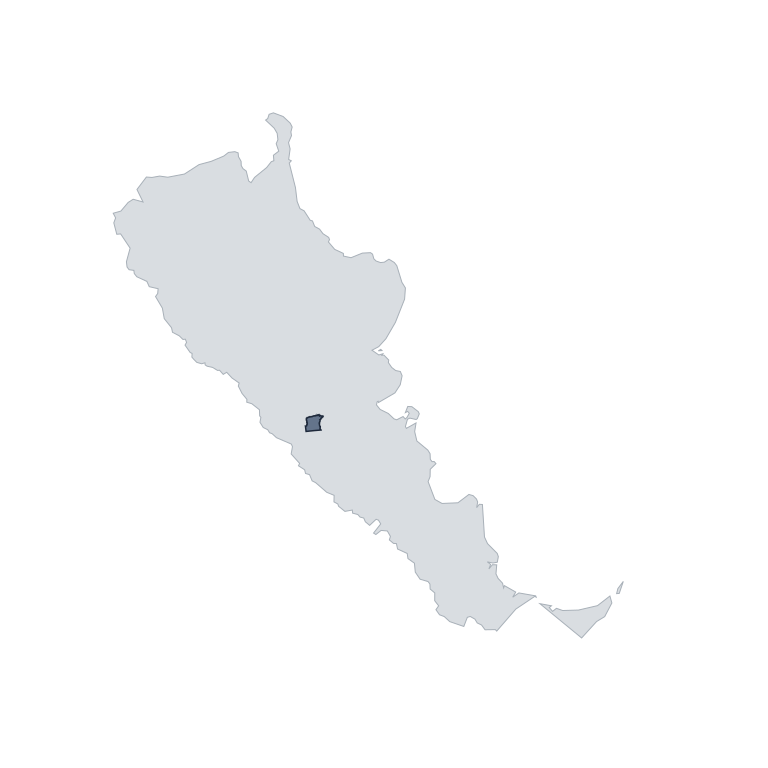 Confluencia, Neuquén, Argentina (highlighted), rotated 309°
{"feature_id": "61730980B39164148007065", "entity_name": "Confluencia", "entity_type": "district", "adm_level": 2, "iso_a3": "ARG", "parent_name": "Argentina", "parent_adm1": "Neuquén", "projection": "mercator", "projection_center": [-68.398, -38.869], "detail": "fine", "context": "in_parent", "style": "filled", "palette": "slate", "viewbox_px": 768, "rotation_deg": 309, "n_neighbors": 0, "source": "geoboundaries", "source_scale": "gbopen_adm2", "svg_char_len": 6545}
<svg xmlns="http://www.w3.org/2000/svg" viewBox="0 0 768 768"><g transform="rotate(309 384 384)"><path d="M471.2,201.6L467.4,208.3L468.3,212.9L464.8,223.6L465.7,225.8L462.8,231.0L463.8,236.5L462.4,241.9L463.1,248.8L461.9,250.8L459.4,251.4L457.6,261.0L459.9,270.2L457.9,272.0L461.4,278.9L472.1,284.8L477.6,290.9L477.7,293.4L474.9,297.3L474.6,300.5L476.2,304.9L478.9,307.6L484.1,309.3L484.9,315.5L484.0,319.5L474.3,333.9L472.1,340.2L462.9,346.6L439.0,354.1L420.4,357.0L409.7,356.4L402.7,353.4L403.3,361.7L406.8,364.1L404.9,364.2L406.4,365.8L405.6,372.6L403.4,373.9L401.7,379.6L401.8,384.6L404.0,388.8L401.8,392.9L393.6,397.1L384.0,398.1L366.2,391.4L366.9,390.3L365.9,389.9L363.0,391.3L361.8,397.0L363.8,405.9L363.2,413.8L364.2,416.4L370.7,419.3L370.2,422.5L372.4,422.9L377.1,422.1L377.6,419.6L375.2,418.6L381.5,416.6L383.9,419.9L384.1,428.0L383.0,430.2L378.0,431.7L376.6,431.3L373.8,425.6L371.4,424.4L364.4,427.4L363.6,429.3L373.9,433.4L366.3,437.8L360.4,445.4L360.2,459.7L358.8,463.7L354.6,467.4L353.9,470.2L355.3,471.8L354.8,474.5L346.8,473.6L341.0,478.1L335.9,479.7L326.3,496.2L327.7,504.3L338.2,516.2L351.6,519.5L353.3,523.5L352.8,528.3L351.2,531.1L346.2,533.8L350.5,533.8L352.3,536.3L328.3,558.4L325.1,564.9L323.6,578.6L321.8,581.5L316.8,584.2L313.4,581.3L310.8,576.2L310.9,580.4L306.3,581.9L311.8,582.0L314.4,585.4L306.9,590.5L304.7,595.1L303.8,601.5L300.8,605.3L303.1,604.5L305.2,617.3L299.3,618.2L306.5,620.3L314.8,635.2L314.1,636.4L313.8,634.8L292.1,628.1L262.9,627.1L263.2,625.1L256.6,617.2L258.1,611.5L257.0,606.8L258.5,602.6L257.6,597.3L255.1,595.6L245.8,598.6L240.7,584.6L241.2,577.2L239.6,572.4L241.3,566.4L246.0,566.1L247.5,559.8L253.6,554.9L253.7,548.9L257.4,545.6L258.2,542.6L255.0,534.9L257.5,526.7L263.9,520.4L263.4,512.5L266.9,508.7L264.3,498.4L267.8,494.1L266.1,491.7L266.2,486.3L269.6,484.9L271.9,479.1L268.4,473.9L261.9,472.4L261.6,469.7L273.2,469.5L274.7,465.4L273.9,463.0L265.1,461.8L265.2,456.2L267.1,452.6L265.5,449.1L266.1,445.8L263.9,440.9L266.1,438.7L260.4,433.8L260.4,425.7L261.7,423.6L260.9,419.3L266.1,415.3L263.8,407.6L264.3,392.9L263.5,389.1L266.7,383.2L265.1,379.3L267.4,376.3L266.6,369.0L269.2,368.4L271.2,355.9L277.7,352.3L279.0,349.8L274.6,334.2L275.0,328.4L274.1,325.8L275.3,322.4L274.2,317.5L276.2,311.7L280.6,309.3L281.0,307.4L285.6,303.4L285.5,293.7L283.5,288.8L285.8,287.1L287.3,279.7L290.7,272.1L293.6,270.8L293.0,262.2L294.1,254.4L290.3,253.0L291.2,247.5L289.8,246.1L289.0,240.3L286.5,235.3L286.3,233.0L287.8,231.5L285.0,229.6L283.0,224.9L283.5,220.6L284.0,217.8L287.0,215.6L286.5,213.6L289.0,204.9L292.1,204.4L293.8,201.4L292.1,199.7L292.6,194.6L291.1,187.1L294.0,183.5L296.5,172.1L303.5,164.0L308.2,151.4L311.9,151.2L315.9,148.5L311.9,140.3L314.5,135.2L311.8,124.4L312.7,120.4L314.9,118.1L312.4,114.0L313.2,110.7L316.9,106.9L329.8,101.2L334.9,84.9L332.2,82.1L339.2,72.6L344.2,70.9L346.3,66.1L352.8,70.7L364.1,70.9L369.7,72.8L373.8,82.2L379.7,69.6L395.3,69.1L398.5,73.7L404.4,78.8L408.6,85.8L421.6,96.8L438.1,102.2L448.3,109.6L460.2,116.0L466.1,117.4L470.7,121.9L471.8,125.2L469.1,127.8L467.1,132.8L463.9,135.6L462.6,138.9L462.8,142.9L456.6,151.1L456.8,154.0L463.1,153.4L478.4,156.6L485.8,156.5L488.2,157.9L492.2,154.1L498.7,155.7L502.9,149.0L507.1,147.8L511.6,143.2L513.7,137.7L514.6,125.9L517.1,126.6L521.3,125.0L525.1,127.4L528.4,137.3L527.7,147.0L525.9,150.9L521.3,153.0L518.8,155.8L511.5,157.9L507.6,163.1L498.5,168.6L499.1,171.5L496.1,171.3L480.9,191.6L471.2,201.6ZM311.0,697.4L311.4,643.4L317.0,653.7L314.3,653.1L313.4,658.1L318.2,659.2L320.4,665.4L330.7,677.4L346.1,689.4L361.4,693.0L357.2,698.9L342.1,701.9L333.2,698.7L311.0,697.4ZM367.5,696.7L372.2,694.5L381.2,694.2L369.3,698.6L367.5,696.7ZM408.9,359.7L408.7,361.4L406.2,358.7L408.9,359.7Z" fill="#d9dde1" stroke="#a8b0b8" stroke-width="1"/><path d="M316.9,351.2L316.6,351.1L316.4,351.0L316.4,350.9L316.5,350.8L316.5,350.7L316.4,350.7L316.2,350.6L315.9,350.5L315.9,350.4L315.7,350.1L315.4,349.9L315.1,349.8L315.1,349.7L314.9,349.7L314.6,349.1L314.3,349.0L314.2,349.0L313.9,348.9L313.7,348.7L313.4,348.7L313.2,348.5L313.1,348.3L312.9,348.2L312.8,347.9L312.7,347.9L312.6,347.7L312.4,347.6L312.2,347.5L312.1,347.4L311.9,347.2L311.7,347.2L311.5,346.9L311.5,346.6L311.4,346.6L311.2,346.6L311.1,346.4L310.9,346.4L310.7,346.3L310.6,346.2L310.4,346.1L310.2,346.1L309.9,346.0L309.9,345.9L309.8,345.7L309.7,345.6L309.5,345.4L309.4,345.5L309.2,345.5L308.9,345.6L308.6,345.6L308.4,345.4L308.3,345.5L308.2,345.5L307.9,345.7L307.7,345.8L307.7,346.0L307.4,346.3L307.2,346.4L307.2,346.5L306.9,346.7L306.9,346.8L306.9,347.0L306.7,347.2L306.7,347.3L306.6,347.5L306.4,347.7L306.2,347.7L306.0,347.8L305.8,348.1L305.6,348.2L305.6,348.4L305.6,348.5L305.4,348.5L305.4,348.8L305.3,349.0L305.2,349.1L304.9,349.2L304.8,349.3L304.7,349.3L304.4,349.3L304.4,349.5L304.2,349.8L303.9,349.9L303.7,349.8L303.4,349.8L303.2,349.9L303.1,350.0L302.9,350.1L302.7,350.2L302.4,350.0L302.6,349.9L302.4,349.8L302.3,349.7L302.1,349.7L302.0,349.8L301.9,349.8L301.7,349.8L301.4,350.0L301.4,349.9L298.1,353.3L301.9,357.1L303.7,358.9L308.6,364.0L308.8,363.6L308.7,363.4L308.6,363.2L308.7,362.8L308.8,362.6L309.1,362.3L309.3,362.2L309.6,362.2L309.8,362.0L309.9,361.8L310.2,361.7L310.3,361.6L310.4,361.4L310.5,361.4L310.8,361.3L310.9,361.2L311.0,360.8L311.0,360.7L310.9,360.6L310.9,360.4L311.0,360.3L311.4,359.9L311.6,359.6L311.9,359.4L312.0,359.2L312.2,358.9L312.3,358.8L312.6,358.7L312.8,358.6L313.0,358.5L313.0,358.4L313.2,358.5L313.3,358.4L313.6,358.1L313.9,357.9L314.0,357.9L314.3,357.7L314.5,357.8L314.7,357.7L314.8,357.6L315.0,357.6L315.2,357.4L315.4,357.2L315.5,357.2L315.9,357.0L316.0,357.0L316.1,356.9L316.1,356.7L316.3,356.8L316.5,356.9L316.8,356.8L317.0,356.9L317.2,357.0L317.3,356.9L317.3,356.7L317.5,356.6L317.8,356.6L318.0,356.5L318.2,356.8L318.3,356.7L318.5,356.8L318.8,356.8L319.0,356.9L319.2,357.0L319.3,357.0L319.5,357.0L319.8,356.9L319.7,356.8L319.8,356.8L319.9,357.0L320.0,357.1L320.2,356.9L320.2,357.0L320.3,357.0L320.5,357.0L320.5,356.9L320.4,356.8L320.3,356.7L320.5,356.7L320.4,356.5L320.4,356.4L320.2,356.2L319.9,356.0L319.9,355.7L319.7,355.4L319.6,355.2L319.4,354.9L319.5,354.8L319.5,354.7L319.4,354.7L319.1,354.5L319.3,354.4L319.3,354.2L319.2,354.2L319.1,353.9L319.0,353.6L318.9,353.6L319.0,353.5L318.9,353.5L318.9,353.4L318.8,353.2L318.8,352.9L318.7,352.9L318.7,352.7L318.8,352.6L318.8,352.4L318.7,352.4L318.6,352.5L318.5,352.4L318.4,352.4L318.2,352.3L318.1,352.2L317.9,352.0L317.9,351.9L317.8,352.0L317.7,352.0L317.7,351.8L317.7,351.7L317.4,351.7L317.2,351.6L317.0,351.4L316.9,351.3L316.9,351.2Z" fill="#64748b" stroke="#1e293b" stroke-width="1.5"/></g></svg>